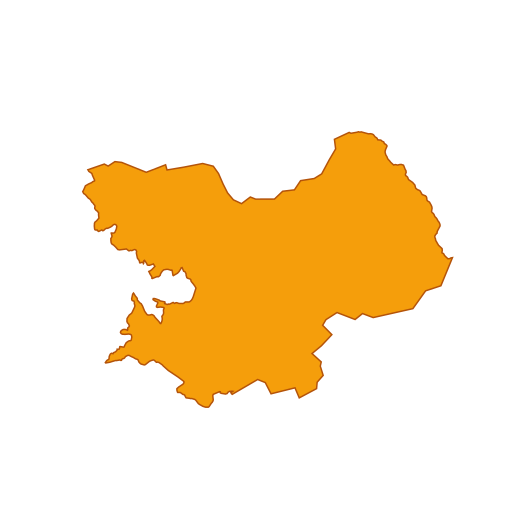 the district of Kapan, Syunik, Armenia, rotated 156°
{"feature_id": "60910142B33530441096586", "entity_name": "Kapan", "entity_type": "district", "adm_level": 2, "iso_a3": "ARM", "parent_name": "Armenia", "parent_adm1": "Syunik", "projection": "orthographic", "projection_center": [46.399, 39.181], "detail": "fine", "context": "isolated", "style": "filled", "palette": "amber", "viewbox_px": 512, "rotation_deg": 156, "n_neighbors": 0, "source": "geoboundaries", "source_scale": "gbopen_adm2", "svg_char_len": 6084}
<svg xmlns="http://www.w3.org/2000/svg" viewBox="0 0 512 512"><g transform="rotate(156 256 256)"><path d="M374.5,403.2L374.3,401.3L372.4,398.2L372.6,396.4L372.6,390.9L373.0,390.3L374.9,390.3L376.3,389.9L379.7,389.9L383.3,389.5L386.3,386.7L388.1,385.3L388.0,383.1L387.4,382.3L386.8,381.1L385.6,377.0L384.7,375.7L384.3,374.5L384.1,372.3L383.4,370.6L383.1,369.0L382.8,368.1L382.8,367.0L383.5,366.1L384.0,364.9L383.6,363.0L382.9,361.8L382.2,359.5L383.1,357.7L384.1,354.5L387.5,352.9L389.2,352.5L390.2,351.7L391.5,349.2L392.4,346.5L392.5,345.6L392.1,345.1L390.5,344.3L390.6,343.7L389.7,342.4L386.4,342.5L385.9,342.0L385.7,341.4L384.8,341.3L382.5,342.1L381.3,342.1L380.2,341.6L377.4,341.6L375.7,341.8L373.4,342.6L372.2,342.4L371.5,341.8L371.0,340.8L371.1,339.7L372.7,337.4L375.3,335.0L376.5,334.8L377.6,335.1L378.2,335.7L379.0,335.8L379.4,332.7L380.5,331.6L381.5,331.0L382.4,328.8L382.9,327.1L382.9,325.9L382.4,324.9L381.7,324.0L380.6,321.3L379.6,318.1L378.2,317.1L371.5,315.1L370.2,312.6L369.8,312.3L368.4,312.2L367.2,311.4L364.6,311.4L363.8,311.0L363.2,310.2L363.2,308.7L364.1,307.4L365.2,302.3L364.5,299.0L364.9,297.9L364.8,296.8L362.5,296.6L361.9,296.2L362.0,294.8L361.6,295.0L360.3,297.4L359.6,297.4L359.0,294.4L358.9,292.0L358.3,291.4L357.0,290.8L353.0,290.5L352.6,287.6L356.9,285.9L358.6,285.5L360.2,285.5L360.1,282.2L359.8,280.4L359.7,278.9L360.2,278.0L359.9,277.6L354.6,277.4L354.0,276.8L353.1,276.8L351.3,277.4L350.4,278.6L349.0,279.5L347.9,280.2L346.0,280.9L343.4,280.3L341.8,279.6L339.4,277.5L338.6,277.4L338.5,276.9L339.7,272.2L339.5,271.7L334.7,272.2L332.6,273.1L330.0,274.8L329.2,275.6L328.2,275.5L328.3,271.6L327.3,270.6L327.1,268.0L327.6,267.2L328.0,264.4L327.4,263.4L325.6,261.8L325.2,260.8L325.5,259.8L325.5,258.9L324.7,256.1L324.1,253.3L323.9,251.1L330.0,244.2L331.7,242.7L333.1,241.8L335.2,241.2L336.0,241.3L339.1,242.7L340.1,242.6L341.2,242.2L342.0,242.3L345.7,244.0L347.4,245.6L348.3,245.9L349.6,245.8L350.6,247.3L354.2,247.2L355.2,247.3L355.6,247.8L356.9,247.8L358.0,249.0L358.7,249.5L358.8,249.8L358.2,250.2L357.9,251.0L358.1,251.3L361.9,254.0L362.3,255.0L365.1,257.7L366.3,258.6L367.2,258.9L367.8,258.0L366.4,255.7L364.5,253.8L364.9,252.9L367.4,250.7L367.6,249.9L367.1,249.2L363.9,248.2L361.3,246.5L361.1,246.1L361.2,245.6L362.5,244.4L363.5,241.7L364.0,240.9L364.7,240.2L366.5,239.2L367.2,236.7L368.1,235.2L369.5,233.7L370.5,233.0L370.9,233.3L371.4,235.7L373.2,241.1L373.5,243.0L374.3,244.3L375.1,245.0L376.8,245.2L378.7,246.0L379.4,246.9L380.2,250.8L380.0,256.5L380.3,259.1L381.2,260.5L382.3,264.1L381.8,265.3L381.8,266.2L382.5,268.6L382.8,271.2L383.0,272.0L384.2,271.3L387.0,267.5L387.3,266.2L387.1,265.5L385.9,264.5L385.9,263.3L386.6,261.9L386.7,260.5L387.0,259.5L387.9,258.5L392.2,254.8L393.0,254.3L395.8,253.6L399.2,251.4L400.5,248.8L400.6,247.2L400.1,246.0L400.1,243.6L401.0,242.9L402.3,242.5L402.8,242.0L403.0,241.0L403.6,240.4L404.9,241.8L406.3,242.6L407.4,242.9L409.2,242.7L410.2,242.2L410.9,241.4L410.8,240.1L410.0,239.0L407.6,237.7L404.0,236.5L402.6,235.5L402.0,234.6L402.4,232.5L404.2,229.9L405.1,229.7L406.3,230.1L407.3,230.1L409.8,229.6L412.7,227.4L413.2,226.7L413.9,226.5L417.0,228.6L417.4,228.5L418.4,227.0L419.1,226.6L420.8,227.3L420.9,226.9L421.5,226.3L423.3,225.6L425.3,225.6L426.4,224.9L427.0,225.6L427.6,225.9L428.5,225.8L429.2,225.5L430.9,224.0L432.1,221.9L432.6,221.5L434.5,221.3L435.4,220.9L437.0,219.9L436.8,219.4L432.8,218.4L427.0,217.7L426.0,217.2L422.7,216.4L422.0,215.6L421.3,215.4L420.8,216.1L419.4,216.4L418.6,216.1L417.4,216.4L416.2,217.2L413.7,217.4L412.4,216.9L410.8,214.8L409.3,213.2L407.9,211.1L406.4,209.8L406.0,209.0L406.1,206.8L405.5,205.0L405.0,204.1L402.6,202.1L402.0,201.8L401.2,201.8L396.2,203.1L394.3,203.1L392.0,202.8L391.2,201.9L390.7,200.4L390.2,199.4L389.1,199.1L388.0,198.2L385.9,194.7L385.4,193.1L382.7,187.1L376.4,177.1L373.1,171.1L373.0,170.2L373.8,169.2L374.9,168.6L379.7,167.8L382.2,167.0L382.8,165.7L383.1,163.9L383.0,163.2L380.7,162.1L379.0,159.2L378.2,158.6L377.8,158.1L377.7,155.7L377.5,154.8L374.7,153.1L373.7,152.3L372.6,151.9L370.3,149.9L369.7,148.9L368.7,144.6L368.0,143.4L365.7,140.3L363.7,138.5L361.1,137.3L360.1,137.5L356.8,139.6L355.6,140.1L354.1,141.2L353.5,142.2L352.3,146.0L351.3,147.0L344.4,146.9L343.9,146.5L344.3,145.9L344.3,145.5L343.6,144.7L340.0,142.3L338.3,142.1L337.1,142.9L335.4,143.1L334.6,142.9L334.3,142.4L333.2,142.4L332.2,141.8L334.5,141.3L334.4,140.3L334.0,139.3L304.7,142.5L299.0,136.6L298.3,124.0L274.0,119.7L274.2,108.8L254.6,110.2L251.5,115.8L243.2,119.6L242.1,129.2L239.5,132.7L244.5,144.1L232.7,147.4L218.7,153.3L223.3,165.6L218.0,169.4L205.0,171.4L191.3,157.7L182.1,160.1L174.0,152.1L134.1,144.1L115.2,155.2L99.2,153.6L77.2,174.6L78.9,175.0L79.9,174.8L81.8,175.4L83.2,178.8L83.6,180.1L83.6,181.4L84.0,182.3L84.8,183.2L84.5,184.0L83.6,185.2L83.0,187.1L84.9,191.6L85.5,197.4L85.1,198.4L85.0,200.4L84.5,201.6L82.8,202.7L81.2,203.3L80.8,204.3L79.9,205.2L75.7,208.5L75.2,209.6L75.0,211.1L75.1,212.7L75.5,214.1L75.6,216.3L76.0,217.9L76.6,219.2L76.5,221.1L76.7,222.7L77.5,224.1L77.5,225.3L75.7,228.1L75.3,229.7L75.3,231.4L75.6,234.7L76.7,236.2L77.1,237.5L76.4,239.7L76.3,240.9L76.7,242.0L79.2,244.6L79.6,248.6L80.0,249.4L81.5,251.0L82.5,252.8L82.4,254.0L82.0,256.2L83.0,259.5L85.5,263.7L85.6,264.8L85.4,266.1L85.7,267.1L86.6,268.7L86.2,270.0L84.8,271.3L84.3,273.1L84.5,274.4L84.3,279.0L86.1,280.6L87.8,281.2L89.5,281.4L91.6,282.9L93.2,283.1L94.8,286.7L95.3,288.8L96.0,290.6L96.1,291.9L96.0,293.5L96.3,295.3L96.0,297.8L95.6,298.9L94.4,300.5L91.7,303.0L91.5,303.7L92.1,305.3L93.0,306.5L92.9,308.2L94.3,309.9L94.8,311.1L97.5,312.6L97.5,314.0L97.7,314.9L98.7,316.3L99.4,319.1L100.4,320.3L101.9,321.3L103.3,321.7L104.0,322.2L109.4,326.6L110.8,326.9L111.8,327.8L113.4,328.0L119.4,329.5L120.6,331.0L136.9,330.7L139.7,321.4L149.8,314.2L162.6,304.3L171.3,303.1L184.6,306.7L194.0,300.8L205.3,304.3L216.0,300.5L233.2,308.1L237.2,312.2L247.9,309.7L253.8,316.5L256.3,325.2L256.8,335.2L256.7,346.6L258.5,355.4L267.1,362.2L285.7,366.5L302.3,370.8L301.5,376.1L322.2,377.1L340.6,396.1L346.5,399.6L354.5,398.3L357.2,401.7L374.5,403.2Z" fill="#f59e0b" stroke="#b45309" stroke-width="1.5"/></g></svg>